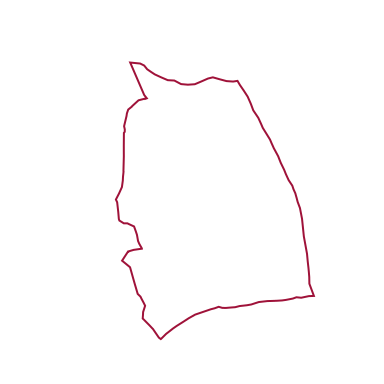 Bani Surim, Amran, Yemen, rotated 67°
{"feature_id": "15242507B49574817537392", "entity_name": "Bani Surim", "entity_type": "district", "adm_level": 2, "iso_a3": "YEM", "parent_name": "Yemen", "parent_adm1": "Amran", "projection": "mercator", "projection_center": [43.98, 16.128], "detail": "fine", "context": "isolated", "style": "outline", "palette": "rose", "viewbox_px": 384, "rotation_deg": 67, "n_neighbors": 0, "source": "geoboundaries", "source_scale": "gbopen_adm2", "svg_char_len": 1934}
<svg xmlns="http://www.w3.org/2000/svg" viewBox="0 0 384 384"><g transform="rotate(67 192 192)"><path d="M335.3,120.4L322.3,119.8L316.1,117.3L311.3,115.7L307.5,114.5L301.1,112.6L293.9,110.3L293.5,110.2L276.6,106.4L259.7,101.2L255.5,100.3L249.0,98.9L242.3,98.6L238.3,98.0L235.8,97.7L233.6,97.4L229.2,97.5L225.4,97.2L218.9,98.4L212.1,98.6L207.6,98.5L199.8,98.9L195.6,98.8L192.8,98.7L183.4,99.6L181.9,99.6L178.4,99.7L174.2,99.7L167.0,100.8L160.6,101.8L156.6,101.8L149.6,102.0L140.8,103.7L134.3,103.4L132.5,103.4L126.0,103.5L119.1,104.7L112.2,106.1L107.5,106.7L106.4,111.0L103.4,116.9L99.1,122.4L94.6,128.0L93.8,132.9L93.9,140.6L93.9,147.3L91.6,153.9L88.4,159.9L82.5,164.7L79.6,170.6L74.6,175.4L69.2,180.3L65.3,182.9L61.5,185.3L56.9,186.6L53.5,189.5L48.7,198.3L84.0,198.1L88.1,197.0L88.0,198.7L87.7,198.7L86.7,205.4L89.6,213.6L89.9,214.0L91.2,218.5L94.2,221.2L96.5,222.6L104.9,228.8L108.1,229.4L110.3,230.4L111.0,231.6L123.0,236.8L128.2,239.0L132.5,240.8L146.1,247.0L146.4,247.0L151.1,249.6L154.6,251.3L160.1,254.6L164.9,259.8L169.2,265.0L172.2,264.9L181.6,267.7L188.3,269.9L189.9,270.0L194.2,267.0L195.6,263.7L196.8,262.7L201.1,258.8L206.3,259.1L209.9,259.4L216.0,260.8L219.0,260.8L224.3,260.2L224.6,260.3L223.4,264.8L222.8,267.1L222.5,268.2L221.8,274.0L222.3,274.2L222.2,274.7L227.9,283.2L236.9,278.5L237.6,278.5L247.0,279.7L254.2,280.6L264.6,281.8L268.2,280.3L270.4,280.2L274.9,279.8L278.4,279.6L283.4,283.9L285.9,285.1L289.2,286.8L289.9,286.5L295.7,284.2L297.7,283.4L302.3,281.7L302.7,281.5L307.2,280.6L313.1,279.4L315.2,278.2L315.1,277.8L312.5,271.3L310.2,262.7L309.3,258.4L308.2,251.6L306.9,244.2L306.1,237.0L307.3,220.5L307.9,216.5L308.1,212.3L309.5,210.6L310.5,209.4L312.0,206.0L313.4,201.7L314.9,197.3L315.6,192.7L317.7,185.7L318.7,181.4L319.4,173.5L321.9,165.1L323.6,160.8L325.3,156.3L327.0,151.5L328.0,147.8L329.5,140.8L329.7,137.0L332.0,132.8L333.5,125.1L335.3,120.4Z" fill="none" stroke="#9f1239" stroke-width="2"/></g></svg>